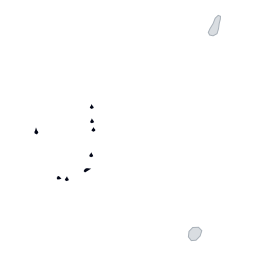 location of Alifu Dhaalu within Maldives
{"feature_id": "MDV-5232", "entity_name": "Alifu Dhaalu", "entity_type": "Atoll", "adm_level": 1, "iso_a3": "MDV", "parent_name": "Maldives", "parent_adm1": "", "projection": "orthographic", "projection_center": [72.869, 3.67], "detail": "fine", "context": "in_parent", "style": "outline", "palette": "ink", "viewbox_px": 256, "rotation_deg": 0, "n_neighbors": 0, "source": "natural_earth", "source_scale": "10m", "svg_char_len": 1251}
<svg xmlns="http://www.w3.org/2000/svg" viewBox="0 0 256 256"><path d="M217.0,33.7L213.1,35.8L209.6,35.0L208.3,32.4L210.1,28.5L213.1,23.6L215.2,18.2L218.2,15.4L220.5,16.3L220.3,19.3L219.2,23.5L218.5,28.8L217.0,33.7ZM196.0,240.2L191.3,240.6L188.4,236.9L189.0,231.4L192.7,227.5L198.5,227.3L201.8,230.7L200.1,236.0L196.0,240.2Z" fill="#d9dde1" stroke="#a8b0b8" stroke-width="1"/><path d="M88.2,169.3L84.5,171.6L85.4,170.0L86.3,169.3L87.3,169.2L88.2,169.3ZM36.1,130.6L36.4,131.4L37.0,131.9L37.2,132.4L36.6,133.2L36.1,133.0L35.5,132.6L35.5,131.9L35.9,131.3L36.1,130.6ZM93.5,129.1L93.8,129.6L94.2,129.9L94.2,130.2L93.4,130.6L92.7,130.2L92.8,129.9L93.2,129.6L93.5,129.1ZM91.2,154.5L91.4,155.0L91.7,155.2L91.9,155.3L92.0,155.7L91.1,156.1L90.4,155.7L90.5,155.3L90.9,155.0L91.2,154.5ZM91.7,106.3L92.0,106.8L92.4,107.1L92.5,107.4L91.6,107.8L91.0,107.4L91.1,107.1L91.5,106.8L91.7,106.3ZM92.0,120.6L92.3,121.1L92.6,121.3L92.8,121.7L91.9,122.1L91.3,121.8L91.4,121.4L91.8,121.1L92.0,120.6ZM66.8,178.5L67.0,179.0L67.5,179.3L67.6,179.6L66.7,180.0L66.0,179.6L66.1,179.3L66.5,179.0L66.8,178.5ZM58.4,177.1L58.5,177.1L58.7,177.4L58.8,177.6L59.3,177.9L59.6,178.2L59.0,178.4L57.9,178.4L57.8,178.1L58.2,177.7L58.4,177.1Z" fill="none" stroke="#020617" stroke-width="2"/></svg>